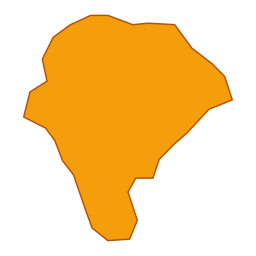 the district of Panagra, Cyprus
{"feature_id": "46923920B46239783627479", "entity_name": "Panagra", "entity_type": "district", "adm_level": 2, "iso_a3": "CYP", "parent_name": "Cyprus", "parent_adm1": "", "projection": "albers", "projection_center": [33.067, 35.342], "detail": "fine", "context": "isolated", "style": "filled", "palette": "amber", "viewbox_px": 256, "rotation_deg": 0, "n_neighbors": 0, "source": "geoboundaries", "source_scale": "gbopen_adm2", "svg_char_len": 489}
<svg xmlns="http://www.w3.org/2000/svg" viewBox="0 0 256 256"><path d="M152.9,178.1L159.2,159.3L174.7,143.6L187.2,132.7L209.0,109.2L232.3,99.8L224.6,76.4L212.1,63.8L191.9,48.2L174.7,24.7L148.2,23.2L132.7,24.7L107.8,15.4L90.6,15.4L70.4,24.7L53.2,37.3L42.3,59.2L47.0,81.1L29.9,92.0L23.7,117.0L45.5,128.0L54.8,140.5L62.6,160.8L73.5,174.9L85.9,210.9L92.2,228.1L107.8,240.6L129.6,239.1L137.3,220.3L128.0,192.1L135.8,178.1L152.9,178.1Z" fill="#f59e0b" stroke="#b45309" stroke-width="1.5"/></svg>